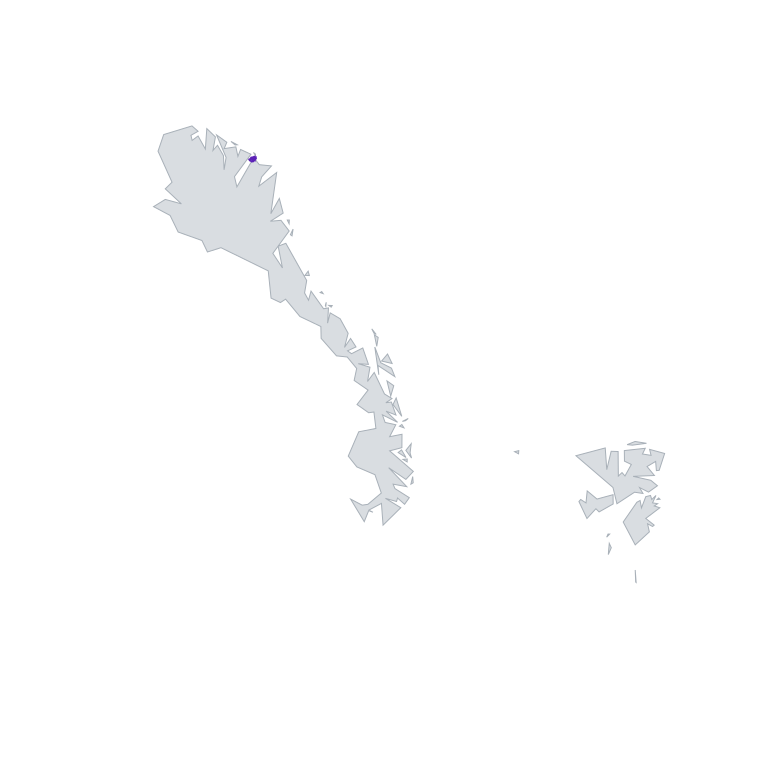 location of Hyllestad nor, Sogn og Fjordane, Norway, rotated 122°
{"feature_id": "86288312B29957343323174", "entity_name": "Hyllestad nor", "entity_type": "district", "adm_level": 2, "iso_a3": "NOR", "parent_name": "Norway", "parent_adm1": "Sogn og Fjordane", "projection": "albers", "projection_center": [5.193, 61.176], "detail": "fine", "context": "in_parent", "style": "filled", "palette": "violet", "viewbox_px": 768, "rotation_deg": 122, "n_neighbors": 0, "source": "geoboundaries", "source_scale": "gbopen_adm2", "svg_char_len": 6313}
<svg xmlns="http://www.w3.org/2000/svg" viewBox="0 0 768 768"><g transform="rotate(122 384 384)"><path d="M426.0,367.3L413.1,377.7L416.5,381.8L415.7,396.0L397.6,394.3L396.8,411.2L385.3,415.4L380.6,429.5L385.3,439.2L378.6,461.5L368.7,468.0L371.3,491.1L364.2,512.4L369.8,515.0L371.0,525.3L349.4,542.1L354.8,594.5L365.6,603.7L358.8,614.4L364.2,639.1L354.4,654.7L355.7,673.4L343.4,667.3L338.6,651.3L334.4,672.9L325.2,670.7L306.3,699.0L289.2,703.0L266.9,683.6L268.2,675.6L275.4,679.5L279.1,675.8L272.2,673.1L279.4,660.0L261.3,669.6L263.8,657.9L276.6,652.8L269.8,651.7L275.4,641.2L287.1,633.1L275.5,638.0L261.5,658.0L262.3,645.4L269.1,644.3L261.4,635.3L268.4,628.5L261.1,629.9L259.7,618.6L287.4,620.7L294.8,613.2L261.0,614.4L264.1,606.0L258.7,595.0L273.1,597.5L282.6,595.0L261.5,587.1L299.6,570.2L282.1,571.1L292.5,560.1L306.2,566.6L299.8,558.1L304.5,545.5L332.1,547.5L339.4,531.6L323.2,546.8L316.7,541.8L337.2,504.4L348.9,499.6L352.9,492.4L343.9,495.1L352.2,475.1L348.9,471.4L362.3,464.1L352.2,467.3L351.9,455.8L360.0,441.3L373.9,436.9L363.1,436.5L367.4,427.4L375.2,432.5L375.5,427.6L364.7,421.1L375.6,407.6L380.4,416.6L377.2,404.8L390.6,399.3L379.4,398.4L392.2,378.3L392.1,369.5L398.9,372.5L395.4,368.2L404.0,357.4L405.9,367.8L409.3,352.2L411.0,369.0L416.0,362.7L412.3,352.4L425.7,351.3L417.1,342.1L428.5,335.1L437.7,343.8L442.6,312.8L453.3,314.9L452.5,335.7L459.0,310.3L464.1,323.2L466.9,319.3L467.0,302.3L475.1,302.8L473.5,312.1L477.0,311.1L480.2,322.2L480.0,304.2L504.2,310.0L486.6,322.9L498.9,330.0L511.2,327.8L499.3,351.3L498.3,338.3L494.6,333.9L477.9,328.5L465.7,343.6L468.7,363.1L464.1,376.1L437.9,380.1L426.0,367.3ZM325.4,98.2L335.5,102.4L336.4,112.4L339.6,106.4L343.0,114.2L362.1,123.0L350.4,135.0L343.1,183.2L321.0,162.5L338.6,149.7L320.7,155.7L317.2,149.7L337.9,136.5L333.0,135.2L334.3,130.9L321.2,131.6L322.0,139.2L313.1,144.9L300.1,128.4L306.4,127.7L303.0,119.7L298.7,124.1L294.2,109.2L311.4,104.9L313.1,107.1L305.7,112.6L314.6,117.2L318.3,106.2L330.3,123.8L324.3,106.7L325.4,98.2ZM342.8,84.5L359.3,90.8L360.5,80.1L362.5,80.7L362.9,86.4L368.8,80.6L387.3,85.7L374.3,108.0L350.3,106.9L347.1,105.1L352.6,100.0L340.8,102.3L337.3,98.9L340.1,95.7L334.4,94.3L342.5,93.3L340.5,88.5L344.2,90.2L342.8,84.5ZM364.3,126.1L378.5,133.8L377.5,138.2L390.5,140.6L380.4,156.4L377.7,156.0L377.8,149.7L367.0,155.0L368.7,142.4L356.5,131.1L364.3,126.1ZM371.5,398.9L378.9,393.3L357.5,411.4L367.7,398.0L366.6,386.1L372.0,378.7L371.5,398.9ZM380.3,374.8L390.7,371.9L379.8,383.1L380.3,374.8ZM389.4,366.3L402.0,351.8L396.6,365.5L389.4,366.3ZM295.2,130.0L304.2,140.9L306.6,145.7L299.7,140.6L295.2,130.0ZM362.3,388.0L365.8,398.2L356.7,396.9L362.3,388.0ZM432.2,321.4L428.7,330.3L420.2,329.3L428.6,325.4L432.2,321.4ZM434.7,326.4L434.6,335.7L430.6,334.2L434.7,326.4ZM347.6,413.6L355.9,410.1L347.4,418.2L347.6,413.6ZM418.6,65.6L408.6,72.4L418.7,65.0L418.6,65.6ZM402.4,104.5L409.8,103.4L399.8,108.5L402.4,104.5ZM447.3,310.6L452.3,306.9L454.7,308.1L447.3,310.6ZM437.8,323.1L437.9,328.0L435.3,324.6L437.8,323.1ZM410.6,343.8L411.6,348.5L408.9,347.4L410.6,343.8ZM371.9,232.9L372.2,237.4L369.1,234.4L371.9,232.9ZM395.9,114.0L392.5,114.5L391.7,113.1L395.9,114.0ZM331.6,504.8L333.8,508.6L328.5,508.1L331.6,504.8ZM400.4,345.2L403.7,346.3L406.0,348.6L400.4,345.2ZM335.5,88.9L337.3,91.2L335.1,90.7L335.5,88.9ZM307.0,542.5L300.8,543.2L307.1,540.5L307.0,542.5ZM298.4,549.4L296.2,552.9L295.1,551.2L298.4,549.4ZM346.2,419.5L343.7,423.6L346.1,416.9L346.2,419.5ZM260.2,636.9L259.4,642.3L258.9,635.2L260.2,636.9ZM346.6,472.5L344.9,469.5L346.8,469.5L346.6,472.5ZM498.6,325.4L499.4,329.2L498.9,328.6L498.6,325.4ZM348.6,475.3L345.3,476.3L349.1,474.4L348.6,475.3ZM339.6,483.5L340.3,486.6L338.6,485.8L339.6,483.5ZM258.4,614.1L256.8,617.4L257.2,614.7L258.4,614.1Z" fill="#d9dde1" stroke="#a8b0b8" stroke-width="1"/><path d="M259.7,612.8L259.8,612.9L259.7,612.9L260.4,613.0L260.4,612.9L260.5,612.9L260.8,612.9L260.8,612.7L260.9,612.4L261.0,612.5L260.9,612.5L261.0,612.6L261.0,612.8L260.9,612.8L260.8,613.0L260.8,612.9L260.5,613.0L260.4,613.0L260.1,613.0L259.9,613.0L259.7,613.2L259.8,613.3L259.7,613.3L259.7,613.5L259.8,613.5L260.3,613.5L260.5,613.5L260.9,613.4L261.0,613.4L261.5,613.4L261.9,613.4L262.0,613.3L262.3,613.5L262.5,613.6L262.8,613.8L263.1,613.9L263.1,614.0L263.4,614.1L263.5,614.2L263.6,614.3L263.8,614.4L263.8,614.5L263.6,614.6L263.4,614.4L263.1,614.2L263.0,614.3L263.0,614.5L263.3,614.7L263.6,614.7L263.5,614.8L263.3,614.8L263.1,614.9L262.9,614.9L262.8,614.7L262.7,614.6L262.5,614.4L262.2,614.3L262.1,614.2L261.5,613.9L261.2,613.9L260.9,614.0L260.7,614.2L260.8,614.2L260.7,614.2L260.7,614.3L260.8,614.4L260.7,614.4L260.7,614.5L260.5,614.9L260.6,615.0L261.0,615.0L261.4,615.2L261.4,615.3L261.5,615.3L261.9,615.6L262.0,615.6L262.0,615.3L262.3,615.1L262.6,615.2L262.4,615.2L262.8,615.4L263.0,615.4L263.0,615.5L263.5,615.8L263.4,616.0L263.3,615.9L263.3,616.0L263.2,616.0L263.1,615.9L262.9,615.8L262.9,615.7L262.6,615.6L262.4,615.6L262.5,615.6L262.4,615.7L262.2,615.6L262.3,615.8L262.2,615.9L262.3,615.9L262.3,616.0L262.5,616.0L262.6,616.3L262.6,616.5L262.9,616.8L263.0,616.8L263.1,616.7L262.9,616.7L263.0,616.6L263.3,616.4L263.2,616.2L263.3,616.3L263.4,616.5L263.7,616.5L263.9,616.3L264.0,616.3L264.0,616.2L263.9,616.1L264.0,616.0L264.2,615.9L264.3,615.8L264.2,615.9L264.2,616.0L264.3,616.1L264.2,616.2L264.2,616.3L264.3,616.5L264.2,616.5L264.3,616.6L264.3,616.8L264.4,617.0L264.7,617.1L264.7,617.3L264.8,617.3L264.8,617.5L265.0,617.6L265.2,617.4L265.3,617.2L265.3,616.8L265.4,616.7L265.6,616.5L265.7,616.3L265.5,616.1L265.5,615.8L265.4,615.8L265.4,615.7L265.4,615.4L265.6,615.1L265.6,614.7L265.5,614.4L265.6,614.2L265.6,613.9L265.3,613.9L265.1,613.8L265.1,613.7L265.0,613.3L264.9,613.2L264.7,613.2L264.6,612.8L264.4,612.8L264.2,613.0L263.8,613.0L263.7,613.0L263.5,612.6L263.0,612.3L263.2,612.2L263.1,611.8L262.9,611.9L262.7,611.9L262.6,612.0L262.3,612.1L262.1,612.1L262.1,612.3L261.8,612.4L261.7,612.4L261.5,612.1L261.4,612.0L261.0,611.9L260.7,611.9L260.7,612.4L260.7,612.6L260.2,612.7L259.7,612.8ZM260.2,614.1L259.8,614.1L259.8,614.3L259.9,614.5L260.0,614.6L259.9,614.6L260.0,614.7L260.1,614.8L260.3,614.8L260.5,614.8L260.4,614.8L260.5,614.8L260.5,614.7L260.4,614.6L260.4,614.4L260.5,614.4L260.5,614.2L260.2,614.1ZM262.0,615.6L261.8,615.6L261.9,615.8L262.0,615.8L262.2,615.7L262.0,615.6Z" fill="#8b5cf6" stroke="#5b21b6" stroke-width="1.5"/></g></svg>